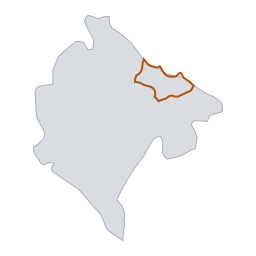 Montenegro, with Bijelo Polje highlighted
{"feature_id": "MNE-1510", "entity_name": "Bijelo Polje", "entity_type": "Municipality", "adm_level": 1, "iso_a3": "MNE", "parent_name": "Montenegro", "parent_adm1": "", "projection": "orthographic", "projection_center": [19.735, 43.063], "detail": "fine", "context": "in_parent", "style": "outline", "palette": "amber", "viewbox_px": 256, "rotation_deg": 0, "n_neighbors": 0, "source": "natural_earth", "source_scale": "10m", "svg_char_len": 1866}
<svg xmlns="http://www.w3.org/2000/svg" viewBox="0 0 256 256"><path d="M109.4,16.7L109.1,18.4L109.6,23.2L111.7,28.0L119.4,32.9L130.8,42.5L144.1,60.1L150.3,65.3L155.8,66.6L166.7,73.9L174.2,75.6L182.7,77.6L204.7,92.8L214.6,97.2L221.7,102.8L222.5,108.2L222.2,111.6L209.5,115.6L207.3,121.5L201.1,120.9L193.6,120.8L191.2,124.6L194.8,130.8L197.2,138.1L195.3,148.1L194.7,149.5L192.9,149.1L182.4,155.0L174.5,157.7L167.4,159.1L164.1,156.3L162.4,152.5L162.7,141.5L161.4,137.8L159.0,136.0L154.2,138.6L148.5,147.1L143.2,156.9L135.3,167.2L128.8,177.1L121.7,189.5L116.8,199.8L121.8,205.6L124.8,213.8L123.9,219.8L124.7,223.3L123.1,234.0L122.8,240.6L107.2,229.9L100.9,214.8L78.4,189.2L52.6,171.6L51.3,168.8L52.8,165.5L54.0,162.9L48.6,162.6L44.8,164.7L41.3,164.0L37.3,157.5L33.6,151.8L33.5,146.9L35.2,146.2L37.8,144.3L43.4,138.9L44.5,136.0L44.3,131.6L36.9,117.7L35.9,108.6L35.1,91.9L36.7,88.0L39.5,86.1L52.9,84.2L52.9,71.2L53.7,67.3L56.4,61.9L58.2,56.9L65.6,49.9L75.7,41.6L80.0,41.4L83.8,42.6L88.1,49.9L92.8,49.0L93.8,40.3L87.8,28.8L84.6,21.5L85.6,17.4L88.0,15.4L93.2,16.7L98.2,18.8L101.4,17.4L106.5,16.4L109.4,16.7Z" fill="#d9dde1" stroke="#a8b0b8" stroke-width="1"/><path d="M143.8,59.2L144.0,59.4L147.0,63.4L148.7,64.9L150.7,66.0L155.1,67.3L157.2,67.6L158.4,67.1L159.2,66.3L160.0,66.4L162.9,71.6L164.7,74.0L166.7,75.7L169.0,76.5L172.3,76.7L175.6,76.5L176.7,75.8L179.0,73.4L180.0,72.9L181.2,73.3L181.9,74.4L182.5,75.7L183.2,77.1L184.2,78.0L190.1,82.2L193.5,85.6L193.7,85.8L190.8,90.6L188.3,91.8L185.3,93.0L184.4,93.7L181.5,94.9L177.8,96.7L175.5,96.7L171.7,95.5L168.6,96.4L166.1,98.5L163.0,99.4L158.6,101.1L156.3,98.2L154.5,96.7L155.2,94.9L155.1,91.5L153.6,88.8L151.0,86.8L146.5,85.7L143.4,84.8L142.7,84.2L140.4,83.0L136.7,82.0L135.0,81.9L135.1,79.2L136.3,75.5L139.0,73.9L140.8,71.8L141.8,69.4L142.4,66.4L142.7,62.9L143.8,59.2Z" fill="none" stroke="#b45309" stroke-width="2"/></svg>